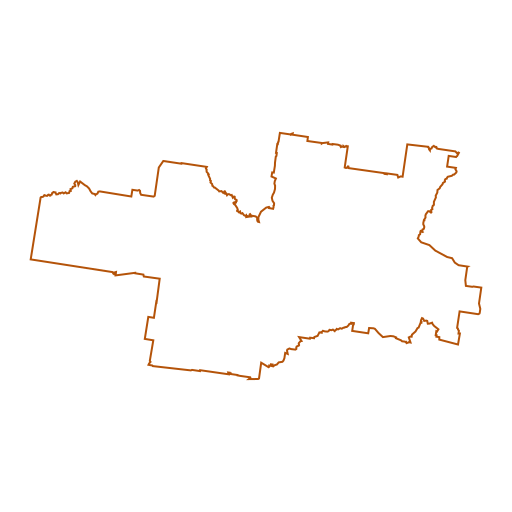 outline of Hepburn, Victoria, Australia
{"feature_id": "25037944B22879671704108", "entity_name": "Hepburn", "entity_type": "district", "adm_level": 2, "iso_a3": "AUS", "parent_name": "Australia", "parent_adm1": "Victoria", "projection": "natural_earth1", "projection_center": [144.036, -37.317], "detail": "fine", "context": "isolated", "style": "outline", "palette": "amber", "viewbox_px": 512, "rotation_deg": 0, "n_neighbors": 0, "source": "geoboundaries", "source_scale": "gbopen_adm2", "svg_char_len": 6071}
<svg xmlns="http://www.w3.org/2000/svg" viewBox="0 0 512 512"><path d="M200.0,371.1L200.1,370.2L228.7,374.3L228.2,372.5L229.7,372.7L229.7,373.1L230.7,373.3L230.6,374.0L237.5,375.0L237.5,375.4L240.2,375.9L250.2,377.3L250.4,377.9L248.9,379.1L258.1,379.0L259.0,378.5L261.2,362.7L268.6,367.2L269.1,366.8L269.2,365.5L270.7,365.8L270.9,364.3L272.5,364.5L272.2,366.1L273.2,366.4L274.4,365.3L276.9,364.5L278.7,362.4L282.4,361.8L283.4,360.7L284.4,358.2L285.2,352.9L287.7,353.9L287.0,350.6L287.3,349.6L289.4,348.5L291.2,349.1L295.4,349.6L296.3,349.0L296.3,347.3L296.7,346.5L298.9,345.5L299.1,345.0L298.7,343.7L298.9,343.0L300.5,341.2L301.5,341.0L299.1,337.1L309.9,338.7L310.1,337.7L314.0,338.2L314.1,337.3L314.7,336.9L317.6,335.9L319.4,332.4L321.4,332.7L321.2,332.1L322.1,331.8L322.9,330.8L324.8,331.4L327.4,331.6L328.5,331.2L329.5,329.8L331.4,330.2L332.9,329.6L334.7,331.1L335.2,330.3L336.3,329.7L336.7,328.9L338.1,329.4L340.1,328.2L341.8,328.7L343.4,327.7L344.6,327.6L345.1,327.1L346.7,327.0L348.5,325.4L349.1,324.2L350.0,323.7L351.0,323.8L351.1,322.7L353.9,323.1L353.7,324.5L353.1,324.8L352.2,330.9L368.2,333.3L369.1,328.0L373.5,328.3L374.9,328.8L378.5,333.0L382.9,337.1L390.4,336.0L393.4,336.3L396.1,337.4L395.9,338.2L401.0,340.3L402.1,341.3L404.8,341.6L405.6,342.1L406.1,341.9L406.6,343.1L409.0,342.3L408.6,341.3L409.4,342.3L410.5,342.5L408.8,337.4L410.6,336.5L411.6,336.7L412.0,334.6L415.5,331.5L417.5,328.1L418.6,327.6L420.7,322.5L421.4,322.7L421.5,322.0L420.8,321.9L421.0,320.3L422.0,318.1L423.1,318.6L424.2,320.9L426.3,320.6L427.2,320.9L427.8,323.7L429.4,323.6L432.1,322.7L432.6,324.1L434.2,326.0L438.4,329.3L436.9,331.7L436.3,331.3L435.7,335.2L436.6,335.3L436.4,336.7L439.3,337.1L439.3,339.6L458.0,344.5L459.9,333.5L458.5,333.5L458.9,330.7L458.0,329.5L457.9,328.5L457.1,327.9L459.6,311.4L478.2,314.2L479.4,313.6L479.7,313.0L480.3,308.9L479.0,303.5L481.3,287.6L473.5,286.5L472.3,286.8L465.9,285.9L465.3,280.2L467.2,266.9L467.7,266.6L458.6,265.2L454.8,262.6L452.1,258.2L447.1,257.0L435.3,250.6L429.4,245.1L421.2,242.3L417.8,238.4L418.6,236.8L418.9,235.1L420.1,234.3L420.4,231.7L420.7,230.9L421.2,230.9L422.3,232.0L422.6,231.9L422.3,231.5L422.3,230.0L422.6,229.4L423.5,229.2L423.9,228.6L424.3,227.0L424.1,226.0L423.3,224.4L423.3,222.9L423.9,220.2L424.4,220.2L424.4,219.3L425.5,217.6L425.4,215.7L425.8,214.3L428.1,211.2L429.2,211.2L431.0,212.6L431.4,212.3L431.1,210.0L432.4,209.1L432.1,207.9L432.5,206.7L432.8,205.7L433.6,205.3L433.9,204.7L433.9,201.8L435.9,197.4L435.7,195.7L437.3,192.6L437.5,190.0L439.7,188.3L440.2,186.9L442.5,184.3L442.9,183.0L445.0,181.6L444.8,180.2L445.4,179.1L446.8,178.6L446.8,178.1L447.7,176.8L451.8,175.8L453.2,174.6L454.1,174.6L456.3,172.5L456.6,171.3L455.4,169.2L455.9,167.9L447.1,166.6L448.7,155.9L456.0,157.0L456.1,156.7L457.1,156.1L458.9,152.8L458.4,152.5L457.1,153.3L455.4,151.4L438.3,148.9L436.9,148.5L436.4,147.1L435.7,147.3L435.5,146.8L434.7,146.8L433.8,145.9L432.2,147.0L431.5,148.5L430.0,148.9L429.9,150.4L429.1,149.4L428.9,147.9L428.0,147.2L428.1,146.8L407.3,144.4L402.6,176.7L400.7,176.4L398.2,177.5L397.4,174.9L386.7,173.4L386.8,174.2L384.6,173.9L384.7,173.2L348.6,168.1L348.4,166.5L347.9,166.4L346.8,167.8L346.0,168.0L344.7,167.5L347.8,146.3L346.6,146.1L346.6,146.5L346.1,146.0L344.7,147.0L343.4,146.0L343.3,146.9L341.9,146.6L340.9,147.1L340.4,146.1L340.5,145.6L337.9,144.7L332.5,144.0L332.4,144.6L328.0,143.9L328.2,142.4L322.4,143.1L321.8,143.5L321.8,143.0L307.4,141.0L307.9,137.0L292.5,134.7L292.7,133.4L291.4,133.9L291.6,134.4L291.0,134.7L290.8,134.1L290.2,134.4L279.9,132.9L278.5,141.8L278.1,142.1L277.8,144.1L277.3,144.0L276.0,152.9L276.8,153.0L276.4,156.0L275.8,156.6L275.0,162.7L274.9,165.8L273.8,172.6L272.2,172.4L271.5,176.5L275.9,178.5L274.8,181.1L274.4,183.6L275.1,185.7L275.0,189.0L274.0,192.6L272.8,194.7L271.8,197.7L272.5,200.8L274.1,203.2L274.0,205.2L273.5,205.7L273.6,206.9L273.1,208.8L269.1,208.1L269.3,207.3L269.0,206.9L266.2,207.6L261.0,211.7L258.4,217.2L258.4,219.8L259.0,222.0L257.9,221.7L257.3,220.7L257.1,218.9L257.5,218.0L255.7,216.4L252.4,215.8L252.0,215.9L251.7,216.5L251.1,216.5L251.0,215.3L250.1,214.1L249.7,214.4L249.3,216.6L247.4,216.9L247.6,216.3L247.2,215.3L247.3,216.4L246.2,216.9L246.1,215.3L245.6,215.7L244.7,215.6L244.0,215.2L242.4,213.1L241.4,213.6L240.4,213.2L240.1,211.5L238.7,212.2L238.0,211.2L237.2,211.1L237.1,210.6L237.8,209.8L237.2,208.0L235.1,204.8L234.0,204.1L233.4,203.0L234.2,202.3L235.7,202.8L236.0,202.5L235.8,201.7L236.7,201.0L236.6,200.0L235.1,199.2L234.6,198.0L234.8,197.0L234.5,196.6L233.7,196.6L232.8,197.6L231.7,195.0L231.0,195.3L228.9,194.1L227.8,194.3L227.0,195.2L226.3,193.5L225.2,193.8L224.6,193.5L225.3,192.2L225.0,191.4L224.5,191.3L223.8,192.3L223.0,192.7L221.5,191.1L219.2,191.4L218.7,190.6L214.9,187.6L214.2,187.6L212.9,186.0L212.4,185.8L212.1,184.0L210.5,182.5L210.9,181.0L210.1,180.4L210.1,178.8L208.4,175.3L208.7,174.6L208.1,174.2L208.3,173.6L206.7,171.9L206.5,170.7L206.7,169.8L205.9,168.5L206.8,166.9L181.5,163.1L181.4,163.7L163.3,161.0L158.8,167.5L154.7,195.8L153.6,196.6L141.1,194.8L140.2,193.0L140.0,190.8L139.1,190.0L137.7,190.6L132.4,189.8L131.3,196.5L99.8,191.4L98.3,191.7L97.5,193.5L96.6,194.1L95.9,194.2L95.4,195.0L94.6,194.0L92.2,193.4L90.6,191.3L89.1,188.5L86.9,186.3L84.9,185.2L80.1,181.5L78.4,185.0L77.8,182.4L76.8,180.9L75.3,181.7L74.3,183.6L75.3,185.1L75.2,186.2L72.8,186.8L72.4,188.3L70.5,189.1L70.8,190.9L69.6,191.1L69.1,192.9L66.7,193.4L65.6,192.3L63.7,193.4L62.6,192.5L60.6,193.0L60.4,193.4L59.2,193.0L58.0,194.2L56.3,194.4L55.9,193.4L55.3,192.8L55.4,192.4L53.4,192.0L52.8,192.8L52.2,193.0L51.7,194.6L50.4,195.1L50.3,195.6L49.7,195.6L48.8,194.6L48.1,194.8L47.3,195.8L46.1,195.8L44.5,195.1L44.0,195.4L43.7,196.3L42.7,196.9L41.2,197.0L40.6,197.6L30.7,259.4L112.6,272.1L113.3,273.6L114.0,274.1L114.5,273.4L113.6,273.1L113.7,272.7L116.0,272.0L115.6,275.4L135.2,272.8L135.2,273.3L143.4,274.6L143.8,276.5L159.7,278.7L156.6,302.1L156.3,301.8L153.9,317.8L148.3,316.9L144.8,338.9L153.3,340.3L149.8,360.9L150.5,361.9L149.1,363.5L148.5,364.8L152.3,365.5L152.8,366.1L190.9,370.4L192.0,369.9L200.0,371.1Z" fill="none" stroke="#b45309" stroke-width="2"/></svg>